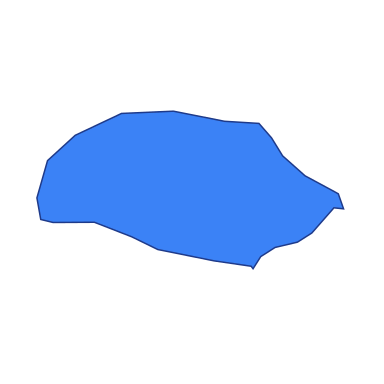 the district of Malmö, Skåne, Sweden, rotated 26°
{"feature_id": "70781695B15028769687560", "entity_name": "Malmö", "entity_type": "district", "adm_level": 2, "iso_a3": "SWE", "parent_name": "Sweden", "parent_adm1": "Skåne", "projection": "natural_earth1", "projection_center": [13.073, 55.586], "detail": "fine", "context": "isolated", "style": "filled", "palette": "blue", "viewbox_px": 384, "rotation_deg": 26, "n_neighbors": 0, "source": "geoboundaries", "source_scale": "gbopen_adm2", "svg_char_len": 488}
<svg xmlns="http://www.w3.org/2000/svg" viewBox="0 0 384 384"><g transform="rotate(26 192 192)"><path d="M280.5,234.2L282.1,219.9L291.0,205.4L308.8,190.8L317.7,176.3L326.5,144.0L335.6,140.7L324.3,129.5L320.7,129.3L286.5,127.9L257.6,119.8L239.8,108.5L222.1,101.0L190.2,114.2L139.9,127.5L94.2,152.3L62.2,192.2L48.4,227.1L55.2,265.3L68.1,283.0L80.5,280.3L117.5,262.0L157.5,258.7L186.5,258.7L242.1,244.2L277.7,232.8L280.5,234.2Z" fill="#3b82f6" stroke="#1e3a8a" stroke-width="1.5"/></g></svg>